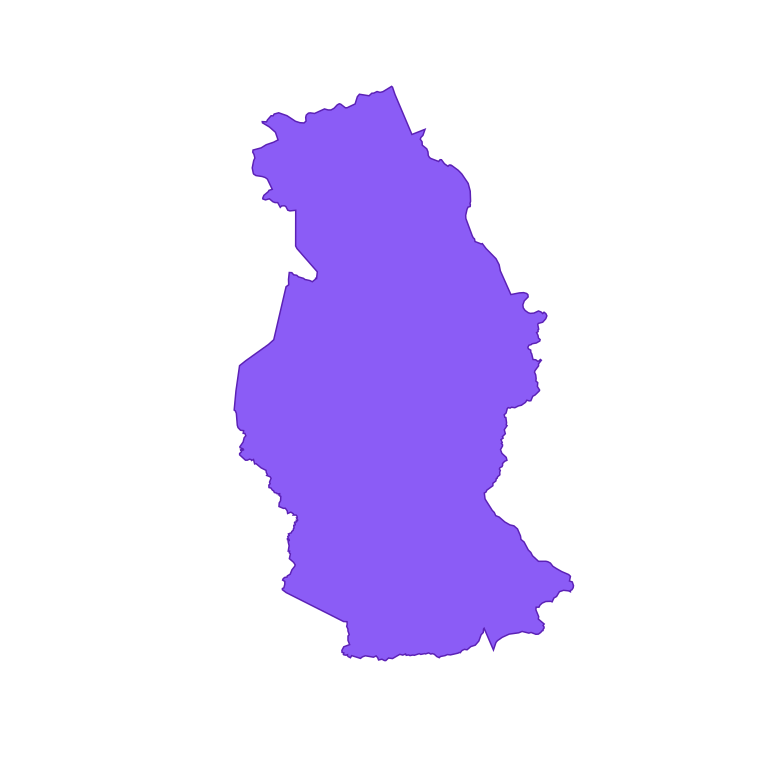 outline of Santa Lucia, Guayas, Ecuador, rotated 246°
{"feature_id": "8360857B32465002428557", "entity_name": "Santa Lucia", "entity_type": "district", "adm_level": 2, "iso_a3": "ECU", "parent_name": "Ecuador", "parent_adm1": "Guayas", "projection": "mercator", "projection_center": [-80.061, -1.713], "detail": "fine", "context": "isolated", "style": "filled", "palette": "violet", "viewbox_px": 768, "rotation_deg": 246, "n_neighbors": 0, "source": "geoboundaries", "source_scale": "gbopen_adm2", "svg_char_len": 6158}
<svg xmlns="http://www.w3.org/2000/svg" viewBox="0 0 768 768"><g transform="rotate(246 384 384)"><path d="M149.0,244.0L142.9,250.9L143.5,253.3L143.3,256.4L138.7,263.3L138.8,266.2L136.6,266.9L134.1,266.8L133.4,270.2L131.2,271.9L130.6,273.1L131.8,276.7L129.7,280.1L130.6,288.5L128.7,290.9L128.6,293.9L127.1,293.9L126.5,296.2L125.3,297.3L124.7,300.1L123.8,301.4L123.3,306.5L122.0,307.6L121.2,311.4L120.5,312.2L120.2,315.4L118.2,317.0L118.1,318.4L116.7,320.0L113.5,321.4L111.5,323.2L112.1,324.7L111.0,329.5L111.1,331.7L109.5,334.5L108.0,342.2L108.2,343.5L107.5,344.3L108.8,346.8L108.9,349.5L107.4,351.8L108.8,356.5L108.3,361.2L110.6,366.1L115.4,370.7L116.6,373.6L119.7,375.3L120.1,376.1L96.5,375.8L102.3,381.1L103.4,383.3L104.5,388.9L104.6,396.6L101.9,405.9L101.8,409.5L97.5,415.0L97.2,417.3L93.6,420.9L92.7,423.3L93.3,426.2L94.1,427.6L94.1,429.0L95.1,429.5L95.9,430.9L96.9,431.4L98.7,431.1L99.6,432.7L106.5,429.4L108.6,430.7L115.9,430.9L118.2,432.2L117.1,434.8L118.5,436.5L119.5,439.3L119.5,443.3L117.7,447.8L116.6,449.0L119.4,452.2L119.7,455.2L122.9,459.8L122.5,464.1L120.0,468.4L118.4,469.8L119.5,470.3L119.6,472.0L120.9,473.9L122.7,475.1L126.6,475.5L128.6,473.3L132.5,476.1L134.8,475.2L140.3,470.1L145.2,466.5L148.8,464.1L152.7,463.2L155.0,461.4L156.2,459.8L159.2,453.0L166.7,449.8L170.4,449.6L173.8,448.3L182.7,447.7L186.3,445.9L189.7,446.9L197.3,447.0L201.6,445.0L204.1,441.7L208.9,438.2L215.6,435.1L218.3,432.5L221.8,432.5L224.5,431.5L236.7,429.7L238.1,429.6L243.6,431.3L243.8,433.2L245.2,434.8L246.8,442.1L249.0,443.1L249.9,446.7L252.0,448.2L251.9,449.1L253.0,450.0L253.9,452.9L256.5,453.9L257.7,455.1L259.4,454.8L260.4,455.9L260.5,458.2L261.5,459.3L263.1,459.9L264.3,462.8L264.3,465.3L267.3,465.8L272.7,463.5L276.6,463.7L279.2,467.1L280.4,467.6L281.9,467.1L282.4,468.2L285.6,468.2L286.1,470.8L287.7,470.7L289.2,474.6L293.3,475.3L295.9,479.5L296.9,479.0L298.7,480.2L303.8,481.7L304.5,480.8L307.0,481.3L307.8,483.7L311.4,486.6L311.9,487.9L310.7,489.4L310.9,491.1L309.1,493.9L309.3,498.0L308.7,500.9L309.7,505.8L311.1,507.9L309.5,509.8L309.0,511.4L312.3,514.9L312.5,517.6L314.6,523.2L315.2,523.7L319.3,523.1L322.7,525.0L325.0,524.0L327.1,525.2L330.6,526.3L333.6,526.3L334.8,527.4L337.7,532.6L339.5,533.3L341.7,537.4L342.8,536.8L342.0,534.9L342.2,533.7L344.4,532.5L345.8,530.1L351.5,531.2L353.2,531.0L355.3,531.8L357.5,530.2L359.1,530.4L360.5,532.2L360.1,534.3L360.5,535.8L359.5,539.8L359.9,543.8L361.1,544.7L363.1,543.8L365.9,544.5L368.9,544.3L369.2,546.1L370.8,546.7L371.1,547.6L375.7,548.6L376.6,549.6L375.9,554.1L377.8,558.3L380.0,560.5L382.4,560.5L384.5,559.4L383.8,557.7L386.0,556.7L387.9,554.8L387.8,549.8L389.0,546.4L390.4,544.8L393.8,542.8L397.0,542.2L399.9,543.1L402.9,546.0L404.9,551.1L407.1,551.8L408.7,551.1L410.7,548.7L412.2,544.6L414.1,536.3L440.0,536.3L446.2,537.7L452.8,537.3L466.3,532.3L472.3,530.9L472.4,529.8L477.1,525.1L479.8,525.7L481.3,525.0L483.5,524.9L501.9,526.1L504.8,527.2L509.7,530.8L511.4,532.7L511.1,534.9L512.6,535.8L513.8,535.9L515.7,537.4L525.1,541.2L533.0,542.5L544.2,540.5L549.1,538.7L555.8,534.9L556.3,534.1L556.8,534.2L557.5,532.7L556.9,531.0L560.6,528.8L565.5,527.7L566.1,526.5L565.1,524.4L571.0,518.5L572.4,517.7L574.8,517.4L578.2,518.6L581.5,518.7L586.6,516.1L589.8,517.3L592.8,516.7L594.2,517.9L595.3,520.7L600.0,525.1L600.6,511.0L644.1,511.8L651.7,512.5L652.8,512.0L651.5,501.9L652.0,499.0L654.0,496.6L653.9,492.9L654.6,491.1L653.4,487.6L658.7,479.4L657.3,476.5L651.6,471.5L651.4,462.6L652.1,461.0L657.2,458.3L658.2,457.1L658.0,454.8L656.2,450.5L655.9,447.0L657.1,444.4L659.5,441.5L659.4,430.6L661.7,426.9L662.2,425.1L661.3,422.4L659.4,420.9L655.9,419.7L655.0,417.1L656.9,413.5L660.0,410.0L668.6,404.5L674.6,398.1L675.3,393.5L674.1,391.7L675.0,390.0L672.7,385.0L671.3,383.3L673.2,379.5L672.0,379.2L665.5,383.8L658.1,387.2L650.1,386.5L649.8,381.5L650.5,373.7L649.7,367.8L651.0,359.5L649.2,358.4L646.4,358.6L642.9,357.9L641.2,355.9L635.0,351.5L629.7,350.3L628.6,350.4L626.5,351.8L623.1,357.1L620.9,359.5L618.6,360.8L607.3,361.1L607.7,357.7L606.8,356.5L605.2,351.0L603.1,348.8L602.3,348.6L600.4,350.6L599.8,354.6L595.7,356.6L594.1,358.2L592.9,360.7L587.6,361.1L588.3,362.8L587.4,365.4L586.1,366.5L581.9,366.8L580.4,368.5L578.6,374.0L546.0,359.4L543.0,359.6L513.6,368.7L507.8,365.3L508.4,364.5L507.6,364.0L506.6,360.1L508.7,358.3L511.7,354.2L513.2,353.5L516.7,349.4L518.8,348.5L520.5,345.9L523.2,345.1L524.4,342.8L518.4,339.3L513.4,337.3L512.7,334.1L469.3,301.3L467.1,294.5L461.5,267.2L459.5,259.5L438.0,246.0L421.1,236.5L420.1,237.2L417.3,237.2L406.0,233.2L403.5,232.9L400.1,234.1L398.5,236.8L396.2,235.3L395.4,236.8L392.9,236.7L391.8,234.4L388.3,231.7L385.3,226.8L384.3,226.6L382.2,228.8L381.0,228.9L380.9,228.1L382.2,227.1L382.2,226.2L381.7,226.1L381.0,227.0L379.7,225.5L379.3,223.9L378.0,223.3L370.8,226.4L370.0,228.1L370.0,230.6L368.9,231.9L368.0,231.9L368.1,234.1L363.6,233.3L363.3,234.7L357.4,237.6L353.1,241.1L351.0,240.5L348.8,240.6L348.2,239.6L345.6,242.2L343.8,242.5L340.9,239.5L339.2,239.4L338.5,237.7L336.2,236.8L334.9,238.4L332.3,238.9L331.4,239.7L329.5,239.7L327.9,241.7L327.2,241.7L326.3,243.9L325.5,242.9L325.2,243.6L324.2,243.2L323.3,244.0L319.4,242.0L318.0,239.9L314.8,238.2L311.3,241.5L310.6,243.3L307.6,244.0L304.9,243.3L304.8,246.8L302.5,248.3L301.7,248.4L301.2,247.7L300.0,250.4L298.5,250.8L297.2,250.4L297.3,249.6L294.8,249.8L294.3,249.1L295.0,248.4L293.7,247.8L294.1,246.4L293.5,245.7L292.6,246.0L291.5,245.6L291.6,244.1L289.0,243.2L288.8,242.6L287.3,241.5L286.8,239.8L285.8,238.8L285.9,235.7L284.3,235.8L283.9,234.1L282.4,233.9L281.9,232.7L280.8,232.5L280.7,234.0L279.7,233.9L279.0,232.3L274.8,231.5L270.3,228.5L269.7,229.7L268.4,228.8L266.9,229.4L262.9,226.5L257.8,228.9L254.9,229.3L253.8,228.3L251.7,224.3L248.4,220.9L248.0,217.6L247.1,216.9L247.7,214.4L247.0,212.5L246.1,211.6L244.0,213.1L241.4,211.9L238.5,209.6L238.5,208.0L237.4,207.5L233.2,209.8L185.1,249.1L183.4,250.5L181.9,253.5L179.6,252.7L177.7,251.3L174.9,251.4L173.0,250.6L169.2,250.3L168.4,248.6L164.4,246.8L159.9,246.6L160.3,240.4L157.8,237.2L155.9,236.5L154.7,237.9L153.5,236.9L152.9,237.2L151.8,238.8L151.6,240.5L150.9,240.0L149.4,240.5L147.6,242.0L149.0,244.0Z" fill="#8b5cf6" stroke="#5b21b6" stroke-width="1.5"/></g></svg>